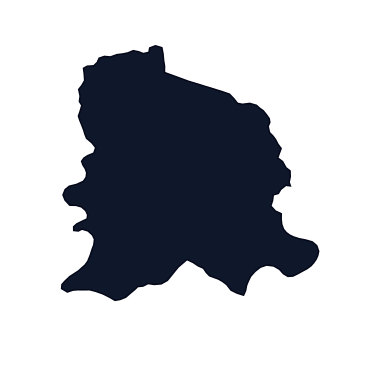 Capinzal, Santa Catarina, Brazil (Mercator projection), rotated 286°
{"feature_id": "56859067B60775282923797", "entity_name": "Capinzal", "entity_type": "district", "adm_level": 2, "iso_a3": "BRA", "parent_name": "Brazil", "parent_adm1": "Santa Catarina", "projection": "mercator", "projection_center": [-51.641, -27.424], "detail": "fine", "context": "isolated", "style": "filled", "palette": "ink", "viewbox_px": 384, "rotation_deg": 286, "n_neighbors": 0, "source": "geoboundaries", "source_scale": "gbopen_adm2", "svg_char_len": 2209}
<svg xmlns="http://www.w3.org/2000/svg" viewBox="0 0 384 384"><g transform="rotate(286 192 192)"><path d="M248.0,58.8L244.9,62.2L239.0,62.2L233.7,61.9L230.1,64.3L226.2,67.4L221.4,71.0L218.1,73.1L214.6,75.8L211.6,82.4L208.1,87.2L202.3,86.9L198.2,81.7L194.9,78.8L191.1,77.4L187.7,79.9L185.0,83.0L181.5,85.5L177.0,86.2L172.4,84.7L167.5,79.0L163.7,72.4L159.4,69.4L153.6,68.8L149.2,72.2L145.6,78.1L147.2,84.2L147.2,89.9L144.8,95.0L141.3,98.0L137.2,98.6L133.9,94.8L129.7,90.1L126.0,87.8L122.4,88.9L123.2,93.5L126.0,96.4L125.9,102.8L123.2,108.2L119.7,111.3L114.1,112.2L109.6,111.8L103.2,111.6L96.7,110.9L92.3,109.3L88.9,107.1L85.1,104.8L81.6,101.8L77.0,97.8L71.2,94.4L67.2,92.5L63.2,93.3L61.5,99.8L64.8,104.5L66.6,109.3L68.2,115.0L69.8,120.4L70.0,126.7L69.5,134.6L68.1,142.0L66.6,147.8L68.8,152.4L72.6,157.3L78.0,160.8L82.2,163.7L86.1,165.9L88.1,170.9L91.9,175.0L92.7,181.1L95.2,187.7L100.2,192.7L116.0,199.4L125.7,205.8L124.5,212.7L122.7,218.3L121.9,224.0L118.7,227.8L116.3,231.9L115.9,237.1L115.6,241.4L114.4,246.2L112.6,250.8L108.4,256.6L107.2,263.2L107.0,270.0L112.0,270.7L117.2,270.2L121.4,270.6L127.1,271.6L133.1,274.5L138.5,278.4L142.3,283.8L143.4,290.9L141.8,297.4L138.7,302.3L137.3,307.4L139.0,312.2L142.6,316.2L146.0,319.6L150.0,323.7L153.9,326.7L157.6,328.5L161.5,329.8L165.5,330.4L169.9,330.1L174.8,326.7L177.2,321.4L177.2,314.6L176.6,307.8L176.8,301.9L177.5,297.8L179.0,293.8L181.5,290.2L185.6,287.2L190.5,285.2L195.7,283.8L196.7,277.4L200.3,271.6L205.9,271.8L211.6,270.9L214.4,275.4L219.0,276.6L224.3,280.4L225.0,284.9L228.1,282.7L233.9,282.2L239.4,280.4L241.2,275.7L246.2,270.7L248.4,265.0L252.2,265.2L258.4,265.7L261.7,261.4L265.6,257.7L268.3,254.1L270.5,250.1L276.1,247.1L280.4,247.6L283.8,246.0L286.8,242.3L289.8,238.0L291.2,234.0L293.1,230.1L293.1,223.1L290.2,216.3L289.8,211.3L293.1,206.7L296.4,201.1L296.8,193.6L297.5,157.3L299.3,132.6L305.5,130.9L310.8,128.4L316.8,126.1L322.4,123.3L322.5,116.6L318.8,111.6L314.4,112.1L311.6,107.0L312.1,102.1L311.7,96.6L308.1,92.1L305.8,87.8L303.3,81.9L299.3,76.3L298.2,70.4L295.0,65.8L290.4,65.2L286.2,62.7L284.0,56.5L281.0,53.6L275.9,55.8L269.6,58.1L263.9,56.7L259.4,54.8L253.4,58.0L248.0,58.8Z" fill="#0f172a" stroke="#020617" stroke-width="1.5"/></g></svg>